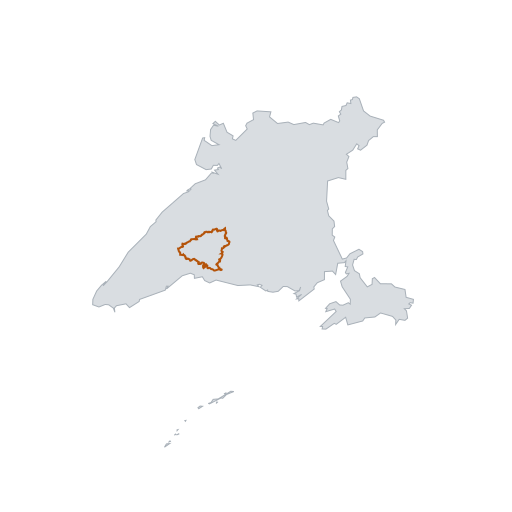 Telangana highlighted on a map of India, rotated 57°
{"feature_id": "IND-20011", "entity_name": "Telangana", "entity_type": "State", "adm_level": 1, "iso_a3": "IND", "parent_name": "India", "parent_adm1": "", "projection": "equal_earth", "projection_center": [78.948, 17.86], "detail": "fine", "context": "in_parent", "style": "outline", "palette": "amber", "viewbox_px": 512, "rotation_deg": 57, "n_neighbors": 0, "source": "natural_earth", "source_scale": "10m", "svg_char_len": 9257}
<svg xmlns="http://www.w3.org/2000/svg" viewBox="0 0 512 512"><g transform="rotate(57 256 256)"><path d="M120.9,216.8L126.2,215.4L126.9,211.1L136.4,212.9L142.8,209.8L144.9,212.0L148.0,210.0L144.7,194.2L141.1,193.7L139.7,191.2L140.3,183.8L134.4,180.8L134.9,176.1L143.2,165.0L146.7,168.9L156.6,165.8L161.2,156.1L166.4,152.7L171.0,141.7L174.9,139.7L175.8,135.6L182.6,128.3L181.6,126.5L182.1,118.9L189.1,114.1L188.3,112.2L183.4,110.7L183.2,107.6L180.4,107.5L180.0,104.8L177.4,102.4L178.8,98.6L177.2,96.1L179.8,93.4L176.7,91.9L177.3,90.0L175.8,88.3L177.3,85.0L180.4,83.7L192.9,86.8L200.8,84.1L211.6,75.1L213.8,75.3L213.5,78.0L216.3,85.6L222.0,89.2L219.8,92.6L220.5,98.7L223.5,102.6L224.2,110.7L221.5,112.4L219.6,109.5L216.8,110.4L219.9,117.2L219.9,124.8L223.2,123.9L226.7,128.8L232.7,131.3L233.1,134.0L240.6,138.9L235.1,144.2L232.1,155.1L248.5,167.0L256.2,169.4L256.7,171.3L261.9,173.1L269.2,171.6L274.1,174.0L274.8,177.2L280.0,180.7L283.0,179.6L285.2,182.6L305.6,185.3L307.0,181.1L305.3,176.0L306.4,166.0L310.4,164.2L312.5,165.2L312.2,171.2L313.6,173.8L312.2,175.5L316.1,179.9L321.9,181.4L327.2,179.0L330.9,180.5L342.5,179.5L343.0,174.1L338.4,170.8L338.6,168.3L347.0,166.8L353.1,157.6L357.7,156.4L365.2,149.3L372.4,152.6L378.1,147.6L381.1,150.0L379.1,152.1L379.4,154.0L382.0,152.4L383.5,156.0L381.0,160.3L384.0,159.7L390.7,162.7L391.1,166.1L387.1,170.4L389.5,176.2L385.9,173.6L381.0,174.4L371.6,182.6L371.9,189.5L367.2,198.5L368.6,201.9L363.8,216.5L356.2,214.2L357.0,225.9L355.1,227.1L355.4,237.2L353.2,240.3L351.4,238.5L350.1,240.4L346.2,219.0L343.3,218.9L340.7,227.8L338.9,225.0L337.8,226.2L336.2,220.2L337.8,213.8L342.6,212.5L344.6,209.9L345.5,204.0L347.7,203.2L343.7,200.4L328.8,200.5L323.1,198.8L322.7,190.8L321.2,187.4L320.2,190.0L318.5,190.0L315.1,185.0L313.4,186.9L309.0,183.1L309.7,185.5L306.6,191.4L314.9,199.3L310.3,200.1L306.4,207.1L313.1,211.5L311.8,219.1L313.4,224.3L315.4,225.2L317.0,244.5L315.1,243.4L314.1,245.4L313.0,238.6L312.6,244.4L309.8,243.2L308.2,244.7L308.8,238.4L306.3,235.4L308.5,238.6L306.6,242.3L298.7,246.4L296.4,249.8L297.7,256.6L295.6,261.5L292.1,265.4L290.9,264.8L290.7,266.8L284.6,269.4L283.9,266.9L281.5,268.6L280.9,270.6L283.4,270.2L277.1,276.6L270.9,287.3L254.4,302.6L253.4,309.5L248.7,312.4L244.2,312.3L241.2,319.8L238.1,318.0L234.7,320.4L232.4,328.6L234.9,349.1L233.4,346.2L232.5,347.6L235.2,350.7L229.0,377.3L230.5,378.8L230.4,390.2L225.3,391.1L221.7,400.1L222.5,403.1L226.3,405.0L222.1,404.0L216.7,406.1L214.5,408.9L213.2,415.5L207.9,419.5L203.5,416.4L198.6,408.7L196.4,401.6L195.6,395.4L197.7,400.5L196.6,395.4L190.6,376.7L183.2,361.1L177.9,336.1L173.8,328.6L172.8,321.1L171.3,320.4L168.1,310.8L164.1,282.8L165.3,278.0L165.1,276.3L163.7,278.5L163.4,277.2L163.6,274.4L165.2,274.7L163.3,273.6L162.3,267.6L164.6,256.9L162.1,248.1L163.2,246.8L162.1,246.9L166.8,243.3L161.4,244.0L163.0,240.5L161.3,240.4L161.6,238.1L164.1,237.2L158.2,236.7L159.0,239.0L156.7,242.4L158.7,246.1L156.4,250.8L146.9,256.1L141.8,254.8L128.0,236.5L128.8,234.6L130.8,236.5L139.4,232.9L142.5,226.4L134.6,230.6L130.6,229.4L125.2,225.2L123.2,220.4L126.7,216.8L121.5,220.0L120.9,216.8ZM354.8,374.4L352.9,370.0L355.3,365.5L355.7,350.8L357.6,348.4L356.1,356.2L357.2,361.4L356.0,362.7L354.8,374.4ZM366.3,430.5L366.5,436.9L364.8,433.4L366.3,430.5ZM352.9,387.2L351.6,387.3L351.4,384.6L352.9,382.7L352.9,387.2ZM361.9,420.3L361.8,422.1L361.5,420.4L361.9,420.3ZM363.3,417.7L362.8,420.2L363.0,417.6L363.3,417.7ZM365.0,428.2L364.5,430.2L364.1,429.4L365.0,428.2ZM356.2,405.2L355.3,405.3L355.7,404.3L356.2,405.2ZM354.5,375.4L353.7,376.4L354.1,374.8L354.5,375.4ZM357.6,367.9L358.0,369.7L357.0,368.4L357.6,367.9ZM359.5,417.3L358.8,416.9L359.1,416.0L359.5,417.3ZM354.6,356.1L354.2,358.0L354.4,355.9L354.6,356.1Z" fill="#d9dde1" stroke="#a8b0b8" stroke-width="1"/><path d="M208.5,287.1L208.6,286.7L208.0,286.1L208.1,285.9L208.4,285.7L208.5,285.1L208.6,284.8L208.5,284.6L209.0,283.9L209.6,283.7L209.8,283.6L210.0,283.4L210.0,283.0L210.0,282.4L210.0,282.2L210.3,282.0L210.7,282.0L211.1,281.0L211.3,280.7L211.6,280.4L211.9,280.3L211.9,280.1L211.3,279.4L211.3,278.9L211.0,278.8L210.9,278.5L210.8,278.4L210.7,278.4L210.4,277.6L210.5,277.5L210.7,277.3L211.0,276.8L211.2,276.6L211.2,276.2L211.4,275.3L211.7,274.8L211.8,274.7L211.5,274.5L211.5,274.4L211.8,274.1L212.0,274.0L212.4,274.1L212.7,274.1L213.0,274.7L213.3,274.8L213.7,274.8L214.0,274.9L214.4,274.9L214.5,274.7L214.5,274.4L214.4,273.7L214.4,273.4L214.6,273.1L214.8,272.6L215.0,272.4L215.5,272.3L215.6,272.2L215.7,271.8L215.7,271.2L215.7,270.9L215.9,270.3L216.0,270.0L216.1,269.7L216.5,269.4L216.6,269.1L216.6,268.8L216.5,268.7L216.3,268.7L216.2,268.5L215.9,267.5L215.9,267.2L215.9,266.9L216.4,267.2L216.7,267.7L217.3,268.0L217.5,268.0L217.6,267.8L217.9,267.7L218.2,267.9L218.5,267.8L219.2,268.1L219.6,268.4L220.2,268.3L220.4,268.5L220.8,268.8L220.8,269.0L221.1,270.0L221.5,270.3L221.6,270.5L222.0,270.8L222.1,271.0L222.4,271.1L222.4,271.3L222.5,271.3L222.7,271.2L222.8,271.2L222.9,271.4L223.2,271.4L223.4,271.7L223.7,271.8L223.9,272.1L224.2,272.3L224.3,272.3L224.4,272.2L224.3,271.8L224.5,271.5L224.6,271.4L224.6,271.1L224.7,270.9L224.8,270.7L225.6,270.8L226.0,271.3L227.4,271.4L227.5,271.5L227.8,271.7L228.0,271.6L228.0,271.4L228.1,271.2L228.3,271.0L229.0,270.7L229.3,270.5L229.8,270.6L230.3,271.3L230.5,271.7L231.1,272.0L231.3,272.5L231.4,272.8L231.4,273.1L231.4,273.7L231.4,274.2L231.3,274.5L231.1,274.7L231.1,274.9L231.1,275.5L231.2,276.1L230.8,276.5L230.6,276.8L230.5,277.2L230.5,277.6L231.2,277.5L231.4,278.6L231.5,279.0L231.4,279.7L231.4,279.9L231.0,280.4L231.5,280.8L231.8,281.0L232.4,281.6L232.6,282.0L233.4,282.2L234.1,282.1L234.4,281.9L234.5,281.8L234.7,282.0L234.8,282.3L234.8,282.8L235.1,283.2L235.1,283.4L235.3,283.1L235.5,283.4L235.7,283.5L236.2,283.2L236.4,283.2L236.6,283.3L236.7,283.5L237.0,283.7L237.3,284.1L238.4,285.7L238.5,285.9L238.7,286.5L238.9,287.2L239.1,287.7L239.2,287.8L239.2,288.0L238.9,288.2L238.8,288.3L238.8,288.6L238.8,288.8L239.0,288.9L239.4,288.8L239.5,288.7L239.6,288.3L239.7,288.2L239.9,288.3L239.9,288.5L240.0,289.0L240.7,289.0L240.9,289.1L241.0,289.2L240.8,289.7L240.7,289.9L240.7,290.2L240.8,290.6L241.1,291.5L241.2,293.0L241.3,293.5L241.5,293.7L241.6,293.9L241.8,293.9L242.6,293.2L242.8,293.1L243.5,293.4L243.7,293.5L244.4,293.4L245.1,293.5L245.9,293.7L246.0,293.5L246.1,293.2L246.3,293.3L246.7,293.5L246.9,293.6L247.1,293.4L247.4,293.0L247.6,292.9L247.9,292.9L248.1,292.8L248.4,292.3L248.6,292.2L248.8,292.3L248.8,292.7L248.7,293.1L247.3,294.0L246.8,294.8L246.5,295.6L246.4,296.3L245.8,298.4L245.3,299.1L244.1,299.4L243.4,299.7L242.7,300.6L241.9,301.0L241.3,301.0L240.7,301.3L240.4,301.8L240.2,302.3L240.2,302.6L240.2,302.8L240.0,303.1L239.8,303.2L238.7,303.0L238.2,302.8L238.0,302.3L237.5,302.0L237.0,302.2L236.6,302.4L236.6,303.1L236.3,303.4L236.1,303.4L235.6,302.8L235.5,303.0L235.5,303.6L235.4,303.9L235.5,304.1L236.4,304.6L236.9,304.4L237.2,304.5L237.4,304.7L237.5,305.0L237.2,305.6L237.3,305.9L237.5,306.2L237.6,306.5L237.2,306.6L236.7,306.5L236.1,306.1L235.6,305.9L235.2,305.6L235.0,305.2L234.7,304.6L234.5,303.8L234.3,303.5L233.9,303.4L233.7,303.4L233.3,303.5L232.6,304.2L232.2,304.6L232.0,305.1L231.9,305.5L232.5,306.1L232.3,306.6L232.3,307.2L232.1,307.3L232.1,307.5L231.6,308.2L231.4,308.6L231.0,308.6L230.7,307.6L230.2,307.8L230.1,307.5L229.9,307.4L229.7,307.3L229.3,307.7L229.2,307.8L228.8,307.8L228.4,308.1L228.0,308.1L227.9,308.3L227.7,308.4L227.5,308.6L227.4,308.6L227.2,308.4L226.8,308.5L226.3,309.1L225.5,309.1L224.8,309.3L224.7,309.5L224.3,310.3L224.4,310.6L224.3,311.7L224.5,312.4L224.3,313.5L224.2,313.7L224.0,313.8L223.8,313.8L223.6,313.7L223.3,313.7L223.2,313.7L222.7,313.5L221.6,314.2L221.4,314.7L221.3,314.8L221.2,314.9L220.9,314.7L220.8,314.8L220.7,315.1L220.8,315.6L220.8,315.8L220.6,316.0L220.3,316.2L220.0,316.3L219.7,316.3L219.3,316.1L219.0,315.8L218.9,315.7L218.7,315.8L218.3,315.9L218.1,315.9L217.9,315.8L217.6,315.5L217.2,315.6L216.5,315.6L216.3,315.7L216.1,316.0L216.0,315.9L215.9,316.0L215.7,316.3L215.1,316.2L215.2,316.6L215.1,316.8L215.0,317.1L215.0,317.3L214.8,317.6L214.5,317.8L214.2,318.0L214.0,318.3L213.9,318.6L213.7,318.9L212.2,318.0L211.9,317.8L211.7,317.7L211.4,318.0L210.7,318.1L210.3,318.0L209.5,318.0L209.3,317.9L208.7,317.6L207.9,317.5L207.4,317.3L207.7,316.9L207.8,316.6L207.7,316.1L207.8,315.2L207.7,314.6L207.8,313.8L207.9,313.3L208.0,313.1L208.3,312.8L208.4,312.6L208.4,312.4L208.3,312.0L207.9,311.8L206.9,311.8L206.0,311.4L205.6,310.9L205.8,310.7L206.7,309.9L206.8,309.8L206.9,309.4L207.3,309.1L207.4,308.4L207.1,308.3L207.2,308.1L207.4,307.8L207.3,307.6L207.1,307.4L207.1,307.2L207.1,306.6L207.3,306.4L207.3,306.2L207.3,304.4L207.7,303.5L207.6,303.3L207.3,302.6L207.3,302.0L207.2,301.9L206.8,301.7L206.7,301.6L206.7,301.3L206.8,301.0L207.9,299.0L208.1,298.4L208.6,298.2L208.8,297.8L208.9,297.6L209.4,297.4L209.8,296.5L209.7,296.5L209.6,296.4L209.5,296.5L209.1,296.7L208.9,296.8L208.8,296.7L208.8,296.4L208.3,296.5L207.9,296.4L207.6,296.1L207.3,296.0L207.1,295.7L207.5,295.0L207.6,294.7L207.8,294.5L208.1,294.3L208.3,294.1L208.3,293.8L208.0,293.4L208.1,293.1L208.2,292.9L208.6,292.7L209.1,291.9L209.2,291.7L209.2,291.2L209.0,290.6L208.6,290.1L208.6,289.8L208.7,289.7L208.9,289.6L209.0,289.4L208.9,288.8L208.7,288.0L208.7,287.8L208.8,287.5L208.8,287.3L208.5,287.1Z" fill="none" stroke="#b45309" stroke-width="2"/></g></svg>